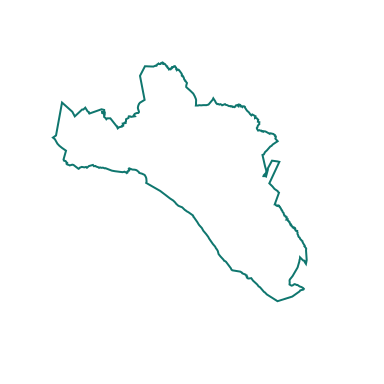 the district of Ringerike nor, Buskerud, Norway, rotated 153°
{"feature_id": "86288312B88500439281521", "entity_name": "Ringerike nor", "entity_type": "district", "adm_level": 2, "iso_a3": "NOR", "parent_name": "Norway", "parent_adm1": "Buskerud", "projection": "albers", "projection_center": [9.963, 60.328], "detail": "fine", "context": "isolated", "style": "outline", "palette": "teal", "viewbox_px": 384, "rotation_deg": 153, "n_neighbors": 0, "source": "geoboundaries", "source_scale": "gbopen_adm2", "svg_char_len": 6062}
<svg xmlns="http://www.w3.org/2000/svg" viewBox="0 0 384 384"><g transform="rotate(153 192 192)"><path d="M92.6,198.4L93.5,201.7L92.6,202.6L92.1,203.4L92.6,203.8L92.7,204.3L92.3,205.2L92.9,206.0L93.1,206.7L95.2,208.5L96.3,209.1L96.5,208.8L99.0,212.5L101.2,214.1L101.4,213.6L102.3,214.4L102.5,215.3L103.1,215.5L103.9,216.5L105.2,216.7L105.4,218.9L105.2,219.6L104.0,220.2L103.8,220.7L102.9,221.4L101.2,221.9L100.8,223.0L100.3,223.6L101.4,224.7L100.2,226.3L100.6,226.8L100.5,227.6L100.8,228.2L101.6,229.3L102.3,229.3L102.0,229.9L101.0,230.6L103.1,233.7L104.3,233.3L104.9,235.1L105.1,237.0L106.1,239.6L106.5,243.3L106.2,243.9L106.7,244.7L107.8,245.3L108.5,244.8L108.7,245.3L109.9,246.2L109.3,246.7L109.6,247.3L109.5,247.7L110.4,248.6L111.8,247.5L111.9,247.9L111.4,248.4L111.5,248.8L113.6,249.2L114.6,248.4L115.8,248.4L116.0,249.0L117.1,249.2L117.5,250.3L118.4,250.4L118.5,251.0L120.0,251.7L121.3,253.5L122.3,254.3L122.7,255.3L125.8,255.6L126.0,256.3L126.9,257.4L128.0,257.5L128.7,258.5L129.7,258.9L129.8,259.6L130.1,260.0L130.2,261.3L130.1,262.2L130.5,265.8L131.8,264.8L137.6,262.4L139.9,262.9L142.5,264.3L144.4,265.0L146.2,266.1L147.4,266.3L149.3,267.3L148.6,268.3L147.7,270.1L146.6,272.0L146.3,273.3L146.1,276.2L146.2,279.1L147.7,283.5L149.5,288.0L149.2,288.8L148.6,289.7L147.0,291.4L147.2,292.4L147.4,294.0L147.6,294.1L147.4,294.6L147.8,295.5L147.8,296.1L147.5,296.9L147.4,299.3L147.8,299.8L148.1,299.7L148.3,300.3L147.7,300.9L147.8,301.3L147.5,302.0L148.1,305.8L148.3,306.7L148.7,306.8L149.0,307.7L150.0,307.5L149.9,307.8L150.4,308.4L149.7,310.1L150.1,311.1L150.1,311.9L150.8,312.2L151.7,311.7L153.0,312.4L153.2,312.2L153.4,311.5L154.4,311.2L154.9,311.8L155.6,311.8L155.8,311.3L156.4,311.8L156.9,311.7L156.9,313.2L157.3,313.6L157.3,314.4L157.1,314.9L157.4,315.1L157.3,315.4L157.6,315.5L157.9,318.0L158.4,318.8L159.0,318.8L159.6,319.2L159.4,319.9L159.1,320.2L159.4,320.8L161.2,320.9L161.9,320.3L163.0,320.8L163.5,321.7L164.2,321.4L164.9,321.5L166.3,320.6L166.6,320.7L166.5,321.1L169.5,321.3L176.8,325.4L185.6,319.1L192.4,295.6L197.8,295.2L199.3,294.5L200.7,293.3L201.9,291.8L202.3,290.8L202.8,287.6L203.2,287.1L204.0,286.8L205.6,287.5L207.6,287.6L208.7,287.0L208.6,286.9L208.7,286.3L208.5,285.4L212.2,286.6L212.8,287.5L214.0,288.1L215.0,286.8L217.7,286.8L219.0,284.5L220.3,284.4L220.2,283.7L222.6,284.4L222.7,283.2L223.2,282.3L224.1,282.7L224.2,282.4L224.7,282.5L224.9,282.1L227.4,282.8L229.3,282.4L229.2,283.9L228.9,283.9L228.9,284.5L229.3,284.7L231.3,294.7L234.1,296.1L235.3,295.7L235.4,296.9L236.2,298.8L235.8,299.6L235.2,300.1L235.5,300.3L235.3,300.8L235.1,301.1L234.7,300.8L234.4,301.4L236.2,303.1L235.8,304.2L233.6,302.7L233.4,304.1L233.0,305.0L235.1,306.8L247.9,308.5L248.0,308.9L247.6,310.0L248.4,311.1L248.8,315.6L251.4,314.8L252.4,315.4L262.1,312.6L262.2,317.8L267.2,330.7L287.5,304.1L291.2,303.6L290.2,301.3L290.0,296.2L289.2,293.4L287.8,290.3L285.5,286.0L291.7,279.3L291.6,278.6L291.9,278.2L291.6,277.7L290.7,277.1L290.4,276.4L290.5,275.7L290.0,274.8L291.0,274.1L290.6,273.0L289.9,272.6L288.9,271.2L286.3,270.7L285.3,269.9L282.6,264.2L281.8,264.2L281.1,264.6L278.8,264.4L276.7,262.8L275.0,262.4L274.6,261.3L272.0,261.9L268.0,261.1L267.7,259.5L266.2,259.0L265.8,258.1L263.9,256.2L263.8,255.7L262.7,255.6L261.8,254.7L260.3,254.1L258.9,252.6L258.3,252.5L253.7,247.4L251.2,245.5L244.9,241.2L242.9,240.7L242.5,239.9L241.9,239.7L241.9,239.3L241.4,238.8L241.4,238.5L240.6,238.6L239.8,239.7L238.2,239.6L237.8,240.0L237.9,241.3L237.2,241.6L235.0,239.1L232.8,237.8L231.5,236.6L230.3,233.9L230.4,233.4L230.3,232.9L228.3,231.1L226.6,228.9L226.4,228.4L226.4,227.5L226.3,226.9L226.5,225.0L227.7,222.0L228.7,220.9L219.8,207.3L214.5,196.2L212.6,192.9L211.7,190.2L211.5,188.8L210.4,185.9L207.7,182.8L206.5,179.2L206.0,178.5L205.6,177.4L204.3,175.5L201.8,170.7L201.9,170.4L201.8,169.8L202.0,169.3L201.8,169.0L200.9,162.6L200.8,160.6L200.6,159.1L199.6,155.5L199.5,152.3L198.5,148.1L197.9,144.5L197.9,142.8L197.0,136.1L196.2,132.9L196.2,130.8L195.9,129.7L195.8,127.7L196.5,124.6L195.9,121.7L194.6,117.1L194.7,116.4L193.8,115.2L193.4,114.4L192.0,106.4L192.1,105.0L191.6,103.9L185.1,99.1L184.1,97.5L184.2,97.1L184.1,96.7L181.8,94.1L181.9,93.7L181.7,93.3L181.2,92.8L181.7,92.2L181.3,91.5L181.8,91.0L181.6,90.8L181.7,90.0L181.0,89.3L178.3,88.3L177.9,85.4L176.1,80.6L175.8,79.6L175.5,77.6L175.1,77.1L174.6,76.1L173.2,70.3L172.7,69.6L171.8,66.7L165.4,55.9L150.1,53.3L141.3,54.6L140.2,55.2L137.0,54.5L136.3,54.9L136.6,56.0L137.6,57.6L139.0,59.0L140.2,61.3L140.9,61.6L141.9,62.9L142.6,63.4L144.8,63.1L145.9,63.4L147.1,65.3L146.1,66.9L145.3,68.8L144.6,69.6L140.6,71.4L132.2,76.8L127.6,81.7L127.2,82.5L126.2,83.4L125.4,84.7L124.1,80.6L123.0,79.7L123.3,79.1L123.3,78.1L123.1,76.2L120.7,79.3L117.0,88.0L115.9,89.9L116.4,92.4L116.1,92.4L115.9,92.9L116.2,95.6L116.2,97.3L115.9,98.0L116.5,99.2L116.4,99.7L116.9,100.8L116.8,102.5L117.3,103.4L117.3,104.6L117.1,104.8L117.0,105.7L117.1,106.4L116.9,107.1L116.3,108.0L116.3,109.2L116.0,109.6L117.0,110.2L117.2,110.9L116.8,112.0L117.1,112.3L116.6,112.9L116.6,113.2L117.1,114.0L117.9,113.9L118.1,114.4L118.0,114.7L118.4,114.9L118.2,115.6L118.8,116.7L118.5,117.0L118.5,117.6L119.0,117.5L119.2,118.1L118.9,118.3L119.0,119.4L118.8,119.5L119.0,120.5L118.8,120.8L119.1,121.1L119.0,122.1L119.4,122.5L119.3,123.2L119.6,123.3L119.6,123.8L119.8,123.9L119.8,124.3L120.0,124.4L119.8,124.5L120.0,124.6L119.8,124.7L120.0,124.8L119.3,126.1L119.6,126.4L119.6,127.0L119.4,127.0L119.8,127.6L119.6,127.9L120.0,128.4L120.1,129.1L120.4,129.2L120.2,130.8L119.9,131.5L120.3,133.1L120.1,134.2L120.3,134.7L120.2,134.9L120.4,135.1L120.3,137.3L120.6,138.3L120.5,138.7L120.7,138.8L120.8,139.4L120.6,140.2L121.3,141.0L121.6,141.1L122.1,140.7L122.8,141.3L123.4,142.4L123.2,143.2L123.8,143.5L114.8,151.9L115.2,152.9L115.3,154.0L117.1,157.3L117.8,160.5L119.2,164.6L100.5,179.2L101.9,180.4L106.5,183.6L113.6,178.7L114.3,177.4L119.0,172.2L119.3,172.7L121.1,173.7L120.5,174.3L117.7,175.3L116.8,176.0L116.0,177.7L115.3,181.5L112.4,193.0L110.9,192.9L108.8,194.4L106.3,195.1L101.6,197.0L100.2,197.0L98.5,197.7L92.6,198.4Z" fill="none" stroke="#0f766e" stroke-width="2"/></g></svg>